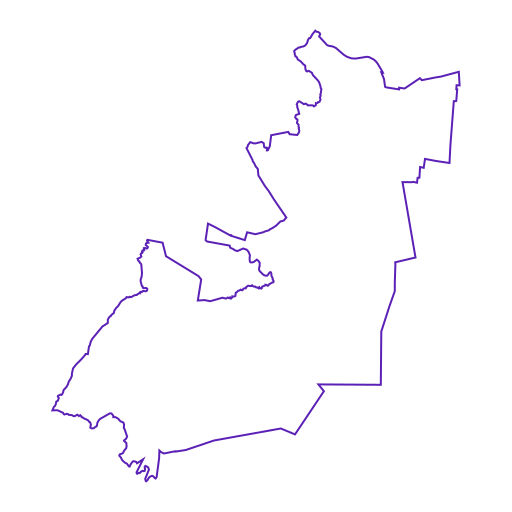 outline of Cuauhtémoc, Zacatecas, Mexico
{"feature_id": "50627088B81148704477128", "entity_name": "Cuauhtémoc", "entity_type": "district", "adm_level": 2, "iso_a3": "MEX", "parent_name": "Mexico", "parent_adm1": "Zacatecas", "projection": "natural_earth1", "projection_center": [-102.417, 22.46], "detail": "fine", "context": "isolated", "style": "outline", "palette": "violet", "viewbox_px": 512, "rotation_deg": 0, "n_neighbors": 0, "source": "geoboundaries", "source_scale": "gbopen_adm2", "svg_char_len": 5987}
<svg xmlns="http://www.w3.org/2000/svg" viewBox="0 0 512 512"><path d="M295.0,434.4L323.9,391.2L318.4,384.4L380.8,384.8L381.3,331.5L389.3,306.7L394.8,291.1L394.8,282.8L395.4,263.7L395.2,262.3L415.5,257.5L402.5,182.1L411.7,182.2L413.3,181.9L417.0,182.7L417.6,177.8L419.4,177.7L420.1,167.0L423.7,167.8L425.0,158.9L436.1,161.0L449.5,163.0L450.4,145.3L453.8,101.1L456.1,101.1L456.3,100.7L457.2,89.3L456.3,89.2L456.6,85.2L459.6,85.4L458.8,71.8L440.9,76.6L435.2,77.5L421.8,80.2L419.9,78.2L404.6,88.5L399.1,87.7L399.1,89.4L386.4,87.4L385.1,86.8L384.0,79.1L381.3,72.4L382.9,72.7L382.6,72.0L377.8,63.9L376.1,61.6L373.9,59.6L369.1,57.1L366.7,56.8L356.1,58.5L353.8,58.5L351.2,58.3L346.8,56.7L343.8,54.8L335.8,47.9L332.8,46.5L328.8,45.8L327.1,45.1L319.1,36.4L320.2,34.2L319.7,33.1L318.1,31.9L316.3,31.7L315.3,30.7L312.6,34.0L310.2,38.1L309.1,38.2L308.1,39.7L307.0,43.2L305.2,45.5L303.5,46.4L301.0,46.9L299.8,47.5L298.9,47.4L295.3,49.8L294.2,51.0L294.2,51.8L294.7,52.8L294.8,54.6L295.5,55.9L295.4,56.3L296.9,57.3L297.7,59.4L300.8,61.5L303.4,64.3L305.2,65.6L305.4,69.0L306.1,70.8L307.1,71.5L308.7,70.8L311.9,72.8L312.9,75.1L317.5,80.0L319.0,82.0L320.3,85.6L320.8,88.3L321.4,89.1L320.7,93.7L320.2,94.6L320.7,95.7L319.9,97.5L320.3,98.5L320.4,99.8L319.6,101.7L318.4,102.3L318.0,102.2L317.7,102.8L316.4,103.4L315.9,103.2L315.8,105.2L314.0,106.4L313.0,105.5L312.4,105.3L307.7,105.3L307.2,104.6L305.6,103.6L303.9,104.2L299.6,101.4L298.9,101.3L297.8,102.1L296.7,104.3L297.3,105.5L297.2,107.1L298.3,110.1L299.2,113.9L296.1,114.9L295.6,115.6L295.2,117.4L296.5,119.1L297.3,119.3L297.5,119.7L297.5,120.8L297.0,122.4L297.0,123.0L298.5,124.7L298.6,126.8L299.0,127.9L298.7,128.4L299.3,131.0L299.0,132.4L297.2,135.0L289.6,134.2L288.3,131.9L271.2,135.2L269.8,146.2L267.9,150.2L267.5,150.4L266.9,150.4L267.2,148.4L267.1,147.9L266.6,147.6L265.4,147.8L264.2,147.0L263.7,143.2L261.6,141.9L255.5,143.4L253.3,143.3L250.3,142.1L248.0,145.0L247.5,146.9L246.5,148.1L252.5,159.9L252.8,161.3L254.1,163.1L255.7,166.4L257.8,168.9L258.4,175.4L264.9,186.0L268.6,190.9L274.1,199.7L286.3,217.5L283.7,220.6L280.5,221.4L275.8,225.9L271.7,228.5L269.9,229.3L268.9,230.3L265.1,231.4L263.1,232.3L255.4,234.2L247.1,232.3L244.8,240.1L231.1,235.8L231.2,235.2L230.7,235.0L230.0,235.3L214.9,227.0L208.0,223.6L205.6,240.1L205.9,240.5L207.1,241.5L229.7,245.6L230.2,247.7L233.5,249.2L234.5,250.1L237.3,251.1L243.2,248.5L246.7,249.7L248.4,251.6L249.6,254.3L249.9,255.5L249.6,258.3L249.8,261.2L250.2,262.1L250.8,262.4L252.4,262.4L254.0,261.8L256.8,259.6L258.6,261.1L259.7,262.8L259.6,266.5L259.2,267.1L259.0,269.5L259.6,271.0L263.5,274.9L265.0,275.5L266.9,275.8L268.2,274.6L269.4,272.6L270.5,272.1L271.0,272.5L271.4,273.8L271.4,275.7L272.7,278.3L272.7,279.5L273.5,280.7L273.6,281.4L273.3,282.3L272.5,282.4L269.1,284.3L268.4,285.4L267.8,285.8L266.5,284.9L265.4,284.7L265.3,285.4L262.3,286.6L261.9,287.3L261.8,288.2L261.3,288.6L260.6,288.3L259.4,288.4L259.5,287.4L259.3,287.1L258.3,288.1L257.2,287.4L256.3,287.5L255.0,286.5L254.1,286.7L252.5,285.8L252.1,285.3L251.8,285.5L251.7,286.0L250.9,286.1L248.1,285.7L246.0,287.3L245.8,288.3L244.5,288.3L243.4,288.7L242.9,289.7L242.1,290.3L240.7,289.6L239.8,290.3L238.0,290.9L236.5,292.5L235.8,292.7L235.5,294.2L235.5,295.8L234.6,296.4L233.5,296.6L232.3,296.3L232.1,297.4L231.0,298.6L230.6,298.4L230.0,297.4L229.1,298.2L227.8,297.5L225.9,298.6L222.5,297.7L210.2,301.2L204.6,300.1L197.8,300.5L201.2,279.5L198.5,276.1L166.0,256.2L162.6,242.7L147.4,239.8L147.0,240.7L148.4,242.7L146.6,243.0L146.0,243.5L145.7,244.9L147.9,247.0L147.6,247.9L146.8,248.6L144.8,247.9L143.9,248.1L143.9,249.0L144.3,250.0L143.8,250.5L143.3,250.3L142.4,250.5L142.0,251.7L142.6,252.3L142.2,253.0L141.1,253.5L140.6,254.2L141.3,256.6L140.0,257.7L137.6,258.7L138.1,260.4L139.5,261.6L139.7,262.6L140.9,263.7L141.3,264.6L142.0,272.9L141.7,276.2L140.7,279.5L140.6,281.2L141.8,285.8L142.7,286.5L142.8,287.7L143.8,288.2L145.9,287.9L146.7,288.3L147.3,288.9L147.0,290.6L145.9,291.3L143.1,290.9L142.5,291.3L142.3,291.8L140.6,291.9L140.1,292.2L140.4,292.8L140.1,293.3L139.5,293.0L137.2,294.4L136.8,295.0L134.6,295.2L131.2,297.1L129.5,296.8L129.0,297.4L126.5,297.1L125.9,298.2L121.7,300.9L120.5,302.2L118.1,306.1L116.3,307.8L114.4,310.5L113.9,312.9L112.3,314.2L111.2,315.2L110.7,316.2L110.1,316.3L108.8,317.7L107.8,319.8L107.8,323.0L102.4,326.5L92.1,339.0L90.7,341.8L89.8,345.4L89.0,346.4L87.9,354.1L85.6,354.0L84.9,355.2L81.2,359.4L76.0,364.6L73.0,368.5L71.9,373.7L71.9,375.7L70.7,378.6L68.9,381.4L67.8,384.6L66.3,387.2L63.6,390.0L63.1,392.4L62.0,394.5L61.6,394.9L60.5,394.6L58.0,395.8L57.8,396.5L58.8,398.0L57.9,400.7L56.3,401.6L55.9,403.7L55.5,404.9L55.0,405.9L53.9,406.9L52.4,410.4L57.0,410.2L58.0,410.5L63.1,412.8L63.7,414.1L64.5,414.5L66.8,413.8L68.0,414.1L68.6,414.8L72.1,415.2L73.5,416.1L74.6,416.2L77.3,414.7L79.0,416.1L80.2,415.2L81.2,416.2L81.6,417.2L82.5,417.3L84.3,418.6L86.8,419.6L88.3,420.5L89.2,421.9L90.1,422.3L90.9,424.5L90.3,427.6L91.4,428.3L92.2,428.4L93.8,428.2L95.6,426.7L96.5,426.4L96.9,425.7L97.4,422.7L98.8,420.3L100.1,418.9L109.9,413.3L111.5,413.5L113.3,415.7L113.3,417.1L115.3,417.1L116.9,417.9L118.3,418.8L120.3,421.2L123.3,422.5L124.1,424.5L123.8,427.8L124.8,429.7L127.1,436.5L126.1,438.7L124.0,440.5L124.1,441.0L126.3,442.9L126.6,446.3L126.1,448.4L124.4,450.3L123.0,452.9L122.3,453.5L119.9,454.3L119.4,455.0L119.3,455.7L120.8,457.4L122.3,460.3L125.0,462.7L127.0,463.7L128.8,466.3L129.3,466.6L129.7,466.5L130.4,464.7L132.0,462.4L133.2,461.2L134.8,461.4L136.3,462.0L137.0,463.3L143.1,459.3L136.6,472.2L136.6,472.9L137.2,473.8L138.8,472.8L139.9,473.0L141.0,471.7L141.8,471.1L142.9,470.8L143.8,471.2L144.7,470.9L145.1,469.1L144.6,467.2L144.9,466.4L145.4,465.9L147.7,467.0L148.4,467.8L148.9,469.7L145.2,478.9L145.8,481.1L146.2,481.3L147.9,479.6L148.8,477.7L150.0,476.7L151.5,476.0L152.3,475.9L153.4,476.4L154.5,477.8L155.6,478.5L156.6,477.2L159.1,458.4L159.4,450.5L161.1,452.1L163.9,453.5L174.5,451.4L175.6,451.3L175.6,451.6L185.8,450.0L214.0,440.5L280.8,428.5L295.0,434.4Z" fill="none" stroke="#5b21b6" stroke-width="2"/></svg>